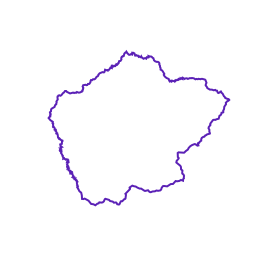 Mae Charim, Nan, Thailand, rotated 36°
{"feature_id": "78962969B26100393225543", "entity_name": "Mae Charim", "entity_type": "district", "adm_level": 2, "iso_a3": "THA", "parent_name": "Thailand", "parent_adm1": "Nan", "projection": "orthographic", "projection_center": [101.038, 18.711], "detail": "fine", "context": "isolated", "style": "outline", "palette": "violet", "viewbox_px": 256, "rotation_deg": 36, "n_neighbors": 0, "source": "geoboundaries", "source_scale": "gbopen_adm2", "svg_char_len": 5748}
<svg xmlns="http://www.w3.org/2000/svg" viewBox="0 0 256 256"><g transform="rotate(36 128 128)"><path d="M161.8,43.6L159.2,44.6L158.2,45.4L158.0,45.9L156.1,46.8L155.8,47.5L154.5,48.1L153.9,49.0L152.1,49.1L150.3,50.0L149.9,50.6L148.7,51.3L147.6,53.1L146.4,53.2L145.4,54.1L144.8,55.2L143.9,55.0L143.4,55.3L142.9,55.1L142.4,55.2L142.2,55.9L142.8,56.4L142.2,56.5L142.0,57.0L141.0,57.0L141.3,58.1L140.8,58.6L140.2,58.6L140.3,59.6L139.7,59.8L139.8,60.2L139.2,60.8L138.6,61.0L138.7,61.9L138.2,62.0L138.4,62.9L137.8,62.8L136.8,63.6L135.7,63.8L135.1,64.3L135.6,65.0L134.6,65.2L134.4,65.8L133.4,65.4L132.1,64.4L129.7,64.9L127.3,64.7L125.7,64.0L125.6,62.9L122.7,61.7L121.8,61.4L120.0,61.6L119.2,60.4L118.3,60.0L117.1,58.7L116.0,58.3L115.4,57.2L114.4,56.8L113.3,56.9L112.2,57.7L110.6,58.1L109.2,57.9L107.5,56.6L106.7,56.8L105.6,56.5L104.6,56.6L103.7,57.3L102.2,57.7L103.1,58.8L102.8,59.2L102.3,59.2L101.6,59.7L102.0,61.2L100.7,61.4L99.8,62.9L98.5,62.7L97.8,62.9L96.7,62.3L96.8,63.0L96.4,63.5L95.1,63.4L94.8,64.1L94.3,63.8L93.4,63.6L92.9,64.2L91.8,64.2L91.3,65.2L90.3,64.7L89.5,63.9L88.1,64.0L87.2,64.6L87.9,65.3L88.2,66.2L87.0,66.4L86.5,67.7L85.7,68.2L83.7,67.9L81.8,67.2L81.9,68.3L81.5,68.6L81.3,69.9L82.2,72.2L81.6,72.7L81.7,73.5L81.1,74.0L81.4,75.4L82.4,76.4L82.5,78.1L81.5,79.2L82.2,80.7L81.9,81.0L82.2,81.6L82.1,82.8L81.2,83.1L81.7,83.8L81.1,84.3L81.3,85.2L80.8,85.3L80.8,85.7L80.3,86.0L80.2,86.8L79.6,87.1L78.8,86.6L78.2,87.1L78.4,87.6L79.3,88.3L79.7,89.0L78.6,89.2L78.6,89.6L78.3,89.7L78.5,91.9L77.5,93.0L77.8,93.5L75.2,94.3L76.0,96.3L75.8,97.2L74.5,97.8L72.9,100.4L72.7,102.4L73.1,102.9L73.1,103.9L72.5,105.0L72.6,107.4L72.0,108.6L71.1,109.0L70.8,110.5L69.9,110.9L70.0,111.8L70.7,113.1L70.8,115.0L69.7,115.9L69.8,117.1L69.2,117.8L68.2,118.0L66.6,119.7L66.9,121.1L68.0,121.6L68.1,122.1L68.5,122.3L69.0,123.5L68.9,124.0L69.4,124.6L69.0,125.3L69.3,125.7L68.1,127.7L67.1,128.5L65.5,128.9L65.3,130.1L64.5,130.4L63.8,131.4L62.8,131.6L60.8,134.1L57.2,134.7L56.3,134.4L55.3,135.1L55.3,137.0L54.9,138.0L54.8,140.7L54.3,141.7L53.2,141.9L52.6,142.7L52.7,143.4L52.5,143.9L53.1,144.9L54.4,146.2L54.5,148.6L55.4,149.5L55.5,150.4L56.0,151.0L55.6,152.4L56.2,154.1L54.8,157.4L55.0,158.4L55.9,159.8L55.6,161.2L56.5,162.0L57.2,162.1L57.7,162.9L57.4,163.5L58.4,164.4L57.9,165.4L57.9,166.6L60.7,167.3L63.6,167.2L64.0,167.8L64.0,168.4L65.1,168.6L65.4,169.5L66.6,170.5L66.6,170.8L67.0,170.8L67.1,171.1L67.5,170.8L68.3,171.0L69.0,171.4L69.5,172.4L70.5,171.9L70.8,172.8L71.4,172.7L71.5,173.0L71.8,173.0L72.7,173.5L73.0,174.1L73.4,174.0L73.4,174.6L74.7,174.4L77.1,176.9L77.9,176.7L78.7,177.4L79.2,177.3L79.2,176.8L80.8,177.1L82.4,176.7L82.7,177.1L82.6,177.9L83.8,179.7L82.8,181.1L83.7,181.7L83.8,182.1L85.2,182.2L84.6,182.7L85.1,183.2L85.4,182.9L85.7,183.0L85.7,183.7L85.3,184.1L85.7,184.1L86.2,184.8L85.7,185.5L85.9,186.1L86.2,186.1L86.9,185.2L87.2,185.1L87.4,185.5L87.2,186.6L88.3,186.5L88.5,187.6L90.5,188.3L91.0,188.8L91.6,188.8L91.8,189.4L93.2,190.1L93.6,190.8L94.0,190.0L94.6,190.4L95.1,190.1L96.2,190.2L96.5,189.5L97.8,188.9L98.6,189.7L98.3,190.0L98.7,191.4L99.1,191.0L99.6,190.9L99.6,190.2L100.1,190.7L99.4,191.9L100.2,192.8L100.2,193.4L101.9,194.0L101.3,194.9L101.8,195.4L102.6,195.2L102.8,195.7L103.0,195.1L103.8,195.2L103.7,196.5L104.7,197.1L105.2,196.7L106.0,196.6L105.9,197.1L106.5,197.2L107.1,197.8L107.3,196.9L108.0,197.4L108.1,196.7L108.4,196.6L108.5,197.0L108.9,197.1L108.7,197.4L109.4,197.7L109.2,198.2L109.8,197.9L110.8,198.4L112.1,199.3L112.1,199.7L112.4,199.4L112.7,199.9L113.3,199.6L113.4,200.2L113.8,200.0L114.2,200.2L114.9,199.7L115.0,200.3L115.3,200.0L115.6,200.4L116.3,200.1L115.9,200.5L116.5,200.5L116.4,200.9L116.9,201.0L117.1,200.6L117.8,200.8L118.0,201.2L118.6,201.3L118.4,201.8L119.6,203.3L121.0,204.1L120.9,204.7L121.9,204.9L121.9,205.9L123.1,206.2L123.2,206.5L124.2,206.8L125.3,207.5L126.7,207.8L128.1,207.8L130.2,209.6L132.5,212.4L133.7,211.7L134.3,210.7L134.9,210.5L138.8,210.0L142.8,211.1L144.9,210.0L147.0,209.7L147.7,207.2L148.5,206.3L148.5,205.0L150.3,204.0L151.2,203.1L151.6,201.6L151.1,199.3L151.3,198.6L154.9,197.3L156.5,197.6L158.9,196.5L160.5,196.7L162.0,195.3L162.7,195.3L164.1,196.0L165.6,195.3L165.9,194.8L165.3,191.6L165.5,191.2L166.4,190.6L166.8,187.8L167.4,187.0L167.4,186.5L165.6,183.2L164.6,182.8L165.5,176.3L165.2,175.8L164.4,175.5L164.3,175.1L165.4,172.1L167.1,171.6L168.7,170.8L170.6,170.7L173.0,170.2L174.3,169.3L178.3,169.1L178.9,168.8L180.8,166.6L182.7,167.0L183.6,166.9L184.2,166.5L185.2,164.9L187.0,163.4L187.7,161.9L189.3,161.1L190.8,159.5L191.0,158.3L190.4,156.7L190.4,154.6L191.1,153.8L194.0,152.2L195.5,148.3L197.3,146.8L197.7,142.9L199.0,142.3L200.6,140.7L201.4,138.9L203.5,138.3L202.7,137.0L202.8,135.8L202.1,135.1L201.5,133.8L200.2,133.0L198.9,133.0L198.4,132.7L197.0,130.4L195.3,130.3L193.7,128.4L192.5,127.8L187.4,127.5L186.7,126.1L186.9,122.9L186.5,122.4L185.4,122.2L182.9,119.0L183.2,118.0L187.8,115.1L188.0,114.7L188.3,112.7L189.1,110.3L188.8,108.4L189.1,106.1L189.9,104.1L191.3,101.9L192.1,101.5L194.5,101.5L195.2,100.7L193.6,99.4L193.6,98.9L194.3,98.1L194.1,97.0L194.7,95.2L193.8,94.0L193.5,92.6L194.2,90.8L194.9,90.1L194.9,88.5L195.5,87.8L195.7,86.7L197.5,84.5L197.4,84.1L195.9,83.1L194.9,81.6L193.3,80.9L192.8,79.8L192.9,77.1L192.4,76.9L192.0,76.0L192.1,71.6L192.6,70.9L194.1,69.9L194.3,69.1L195.9,67.2L194.8,64.3L195.3,63.3L195.4,62.3L194.7,60.7L195.7,59.7L195.8,59.1L194.9,58.2L194.6,56.3L193.4,54.2L193.3,51.1L192.3,50.1L192.6,47.8L193.2,47.0L193.4,45.8L192.4,45.5L190.9,46.2L190.2,46.2L189.2,46.6L188.0,46.0L186.9,45.9L184.4,44.6L183.1,44.5L181.7,43.8L181.4,44.2L181.3,45.4L180.5,46.6L179.8,46.6L178.1,45.5L177.2,46.0L176.2,45.9L175.2,47.1L173.4,47.6L171.7,48.8L168.8,49.1L167.6,48.4L165.8,47.9L165.3,47.0L164.9,45.3L162.5,43.7L161.8,43.6Z" fill="none" stroke="#5b21b6" stroke-width="2"/></g></svg>